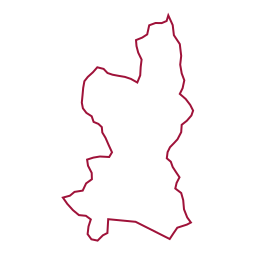 Bom Jesus, Santa Catarina, Brazil (Robinson projection)
{"feature_id": "56859067B25903908372019", "entity_name": "Bom Jesus", "entity_type": "district", "adm_level": 2, "iso_a3": "BRA", "parent_name": "Brazil", "parent_adm1": "Santa Catarina", "projection": "robinson", "projection_center": [-52.392, -26.732], "detail": "fine", "context": "isolated", "style": "outline", "palette": "rose", "viewbox_px": 256, "rotation_deg": 0, "n_neighbors": 0, "source": "geoboundaries", "source_scale": "gbopen_adm2", "svg_char_len": 1246}
<svg xmlns="http://www.w3.org/2000/svg" viewBox="0 0 256 256"><path d="M136.0,40.1L136.5,46.1L138.2,52.6L141.6,59.6L140.7,66.9L140.2,75.4L137.3,82.5L130.9,78.9L124.9,76.9L118.4,75.8L112.5,74.7L107.5,73.0L103.6,68.9L97.3,67.3L92.9,72.3L87.8,76.9L84.4,81.2L83.2,87.9L82.5,95.5L81.8,102.7L82.9,108.3L86.4,112.9L91.7,116.3L93.6,121.9L98.4,123.9L101.8,127.1L102.3,132.5L105.5,137.8L108.6,144.9L112.0,152.3L109.2,157.0L99.9,156.5L93.4,157.6L87.1,159.6L88.0,165.7L91.7,172.9L91.9,179.2L86.1,183.4L82.7,190.6L74.5,191.9L69.9,195.7L62.9,197.6L67.3,203.9L73.0,210.2L78.9,215.1L85.9,215.8L90.8,219.4L88.5,226.5L87.6,234.1L91.4,239.3L97.6,240.6L102.9,235.3L107.4,233.0L108.2,219.2L135.6,221.8L169.7,239.0L173.4,233.4L177.3,227.7L186.9,224.6L190.9,222.5L187.2,217.4L184.0,209.3L183.2,200.1L181.2,193.0L175.3,188.5L176.6,182.9L179.5,177.3L175.8,171.8L172.7,167.0L170.8,161.7L166.8,158.3L167.6,152.1L170.0,147.2L173.9,143.2L177.5,139.3L181.2,132.2L181.7,124.8L186.8,120.8L191.4,115.5L193.1,110.6L190.2,104.9L185.7,99.0L179.8,93.9L182.6,88.2L184.3,80.3L181.7,73.4L180.2,64.7L181.2,55.9L179.8,44.1L173.9,35.2L172.7,25.1L168.3,15.4L166.6,21.0L161.7,23.1L155.5,23.0L149.2,25.3L147.2,34.4L142.2,37.6L136.0,40.1Z" fill="none" stroke="#9f1239" stroke-width="2"/></svg>